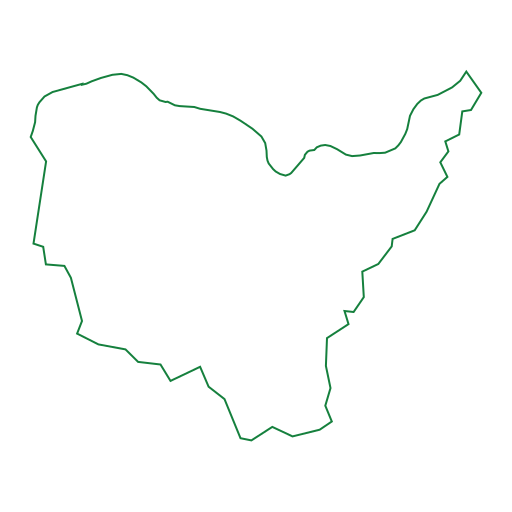 Lewis, Kentucky, United States of America
{"feature_id": "52423323B16414182815509", "entity_name": "Lewis", "entity_type": "district", "adm_level": 2, "iso_a3": "USA", "parent_name": "United States of America", "parent_adm1": "Kentucky", "projection": "equal_earth", "projection_center": [-83.329, 38.513], "detail": "fine", "context": "isolated", "style": "outline", "palette": "green", "viewbox_px": 512, "rotation_deg": 0, "n_neighbors": 0, "source": "geoboundaries", "source_scale": "gbopen_adm2", "svg_char_len": 1548}
<svg xmlns="http://www.w3.org/2000/svg" viewBox="0 0 512 512"><path d="M170.5,380.9L200.1,366.8L208.6,386.7L224.5,399.1L240.5,438.2L251.4,440.4L272.3,426.9L292.5,436.4L319.7,429.7L331.8,421.5L325.3,405.7L330.5,388.1L325.9,365.9L327.0,338.1L348.5,324.1L344.5,311.0L353.6,312.0L363.8,297.1L362.3,271.6L378.3,264.0L391.7,246.4L392.6,238.9L414.7,230.3L426.6,211.7L439.5,183.8L447.4,176.9L440.3,162.3L448.4,151.4L445.3,141.4L459.2,134.5L462.3,111.4L471.0,110.0L481.3,92.8L466.3,71.6L460.2,80.8L452.1,87.4L437.7,94.9L424.3,98.5L420.9,100.5L417.3,103.9L413.4,109.2L410.0,115.8L407.2,129.1L405.3,133.9L400.9,142.0L398.4,145.3L395.3,148.4L385.1,152.7L379.4,153.1L373.7,153.0L360.1,155.5L352.1,156.1L345.9,154.6L337.1,149.2L330.4,146.0L325.2,145.0L320.8,145.6L316.8,147.3L314.3,150.0L309.6,150.6L307.5,151.7L304.9,154.8L304.2,157.9L291.2,173.0L289.5,174.2L285.6,175.6L280.0,174.0L275.7,171.5L273.1,169.1L268.7,163.5L267.5,160.6L266.8,157.0L266.5,150.6L265.2,143.1L261.4,136.5L252.4,128.7L240.5,120.7L233.1,116.4L226.1,113.6L220.0,112.0L200.2,108.8L194.3,107.0L179.7,106.1L174.9,105.3L167.6,101.7L165.6,102.0L159.6,100.3L156.7,97.7L153.6,93.8L146.3,86.3L141.3,82.4L133.3,77.6L127.4,75.2L121.3,73.9L112.4,74.8L100.8,78.0L91.7,81.3L86.4,83.7L82.1,84.7L82.3,83.8L52.6,92.0L44.5,96.5L39.4,102.3L37.8,104.9L36.9,107.4L35.5,115.8L35.1,122.2L32.8,131.0L30.7,137.0L46.1,161.4L33.5,243.6L43.2,246.8L45.9,264.4L64.4,265.9L70.9,277.8L82.0,321.0L77.1,333.6L98.4,344.4L125.5,349.4L138.1,361.9L160.5,364.5L170.5,380.9Z" fill="none" stroke="#15803d" stroke-width="2"/></svg>